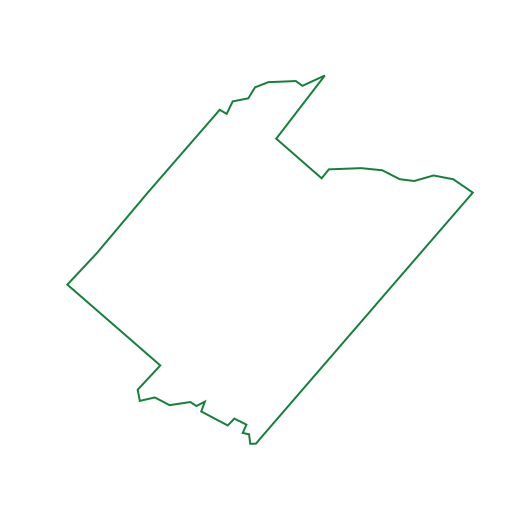 outline of Dallas, Arkansas, United States of America, rotated 309°
{"feature_id": "52423323B82335716857681", "entity_name": "Dallas", "entity_type": "district", "adm_level": 2, "iso_a3": "USA", "parent_name": "United States of America", "parent_adm1": "Arkansas", "projection": "albers", "projection_center": [-92.654, 33.975], "detail": "fine", "context": "isolated", "style": "outline", "palette": "green", "viewbox_px": 512, "rotation_deg": 309, "n_neighbors": 0, "source": "geoboundaries", "source_scale": "gbopen_adm2", "svg_char_len": 690}
<svg xmlns="http://www.w3.org/2000/svg" viewBox="0 0 512 512"><g transform="rotate(309 256 256)"><path d="M237.8,132.0L157.7,130.5L115.0,127.4L113.6,168.5L110.7,250.5L77.6,248.2L70.3,256.9L82.4,266.4L85.7,282.7L101.2,296.9L101.9,304.1L110.6,307.9L100.7,311.3L106.5,340.7L116.0,341.5L118.9,354.7L110.1,357.1L113.1,362.8L106.4,369.7L110.2,374.1L114.8,374.1L292.7,379.8L294.2,379.8L441.7,384.6L439.8,361.0L430.3,343.3L413.8,331.7L406.1,319.3L402.1,300.2L390.5,282.5L369.2,258.1L357.7,258.1L359.9,197.9L439.6,195.9L417.5,185.0L417.0,176.8L405.7,164.0L398.9,156.2L386.5,149.1L373.7,150.8L361.5,140.6L348.0,143.8L346.8,135.8L237.8,132.0Z" fill="none" stroke="#15803d" stroke-width="2"/></g></svg>